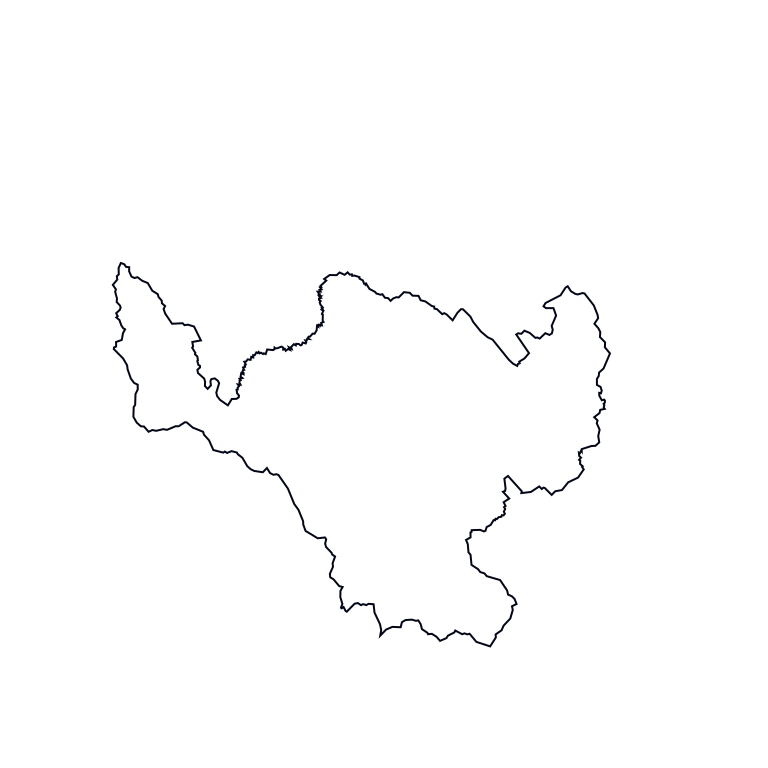 the district of Thung Song, Nakhon Si Thammarat, Thailand, rotated 138°
{"feature_id": "78962969B2531694567463", "entity_name": "Thung Song", "entity_type": "district", "adm_level": 2, "iso_a3": "THA", "parent_name": "Thailand", "parent_adm1": "Nakhon Si Thammarat", "projection": "natural_earth1", "projection_center": [99.635, 8.081], "detail": "fine", "context": "isolated", "style": "outline", "palette": "ink", "viewbox_px": 768, "rotation_deg": 138, "n_neighbors": 0, "source": "geoboundaries", "source_scale": "gbopen_adm2", "svg_char_len": 6166}
<svg xmlns="http://www.w3.org/2000/svg" viewBox="0 0 768 768"><g transform="rotate(138 384 384)"><path d="M358.2,502.1L357.7,499.5L365.6,499.4L365.8,498.0L366.9,498.6L367.1,496.1L369.0,497.0L369.3,495.1L371.5,497.0L371.7,495.1L373.0,494.0L371.9,493.4L372.9,492.8L372.0,491.5L373.5,491.8L373.3,490.1L375.2,490.9L376.0,490.0L375.6,488.0L377.1,487.8L378.1,485.7L378.3,481.9L379.4,482.2L379.5,480.7L380.6,480.9L380.0,479.0L383.3,477.6L383.1,476.4L387.2,472.1L387.4,470.6L389.9,471.4L390.9,469.2L391.7,470.4L392.6,470.0L392.7,471.8L393.9,472.1L394.5,470.9L394.8,472.1L398.1,469.0L402.0,467.8L403.4,469.2L407.3,468.7L408.3,469.6L410.0,469.1L409.7,467.8L410.8,469.0L412.7,468.0L413.3,468.9L413.8,467.1L415.0,466.5L416.7,469.2L419.1,468.1L420.2,468.6L420.6,470.8L422.4,472.6L423.7,471.7L424.3,473.9L428.4,473.6L429.1,472.0L430.1,474.9L431.0,472.2L431.9,474.2L434.8,474.4L433.9,477.4L434.7,476.3L435.9,477.0L434.6,478.5L435.2,480.4L439.0,481.8L440.8,483.0L441.0,484.3L442.4,483.1L443.8,483.5L447.7,487.8L451.9,485.4L452.8,487.2L453.8,487.2L454.5,489.6L455.9,490.0L455.7,491.7L457.2,491.5L457.7,492.9L460.8,491.9L462.0,493.0L463.4,491.2L464.5,493.0L467.0,491.2L468.8,493.5L471.5,493.0L472.9,494.0L473.7,490.9L474.9,491.2L475.8,489.7L477.7,490.6L478.5,488.1L479.4,488.7L481.2,487.8L480.9,486.3L481.8,485.2L482.8,487.6L485.7,485.4L485.3,483.2L487.8,484.6L488.0,482.8L488.9,483.3L490.5,481.7L491.1,479.5L492.9,481.5L493.1,479.4L495.2,479.2L496.3,477.8L497.4,478.4L499.4,475.3L499.5,472.5L500.8,471.3L503.6,471.7L507.1,474.7L514.3,472.6L516.5,482.0L516.1,486.7L514.4,489.8L506.0,494.9L505.3,497.6L506.0,501.4L509.1,503.2L511.1,502.2L513.6,498.8L518.3,498.4L518.4,502.4L515.4,505.4L514.0,508.4L514.9,516.6L513.2,519.4L509.6,519.4L508.6,520.7L509.2,522.3L507.4,526.0L506.4,526.1L504.3,529.4L504.6,532.6L503.4,533.3L502.3,539.3L500.8,539.6L498.3,543.5L490.9,538.9L486.7,553.8L490.1,559.4L492.9,561.2L493.0,563.9L501.2,570.6L499.5,582.7L497.6,587.2L494.5,588.4L495.0,592.6L493.4,594.7L493.3,599.6L492.0,602.1L493.8,608.4L492.0,617.1L494.6,622.5L495.7,628.3L498.5,629.7L499.8,632.8L498.0,638.3L495.2,641.3L497.3,643.6L496.9,646.8L498.6,650.0L503.6,647.8L507.8,642.9L510.4,642.9L512.3,640.1L519.2,639.1L519.9,633.7L522.0,632.5L525.3,626.1L527.8,623.8L527.7,618.9L528.6,617.0L530.7,615.9L535.7,615.8L536.5,612.6L538.4,612.6L537.8,608.6L540.0,603.3L540.5,599.8L539.8,597.9L544.0,596.4L549.4,592.2L555.0,594.5L558.0,591.1L560.2,591.8L561.4,590.8L560.8,577.5L562.4,569.8L564.8,566.3L568.5,557.4L569.0,552.0L567.5,548.3L570.7,544.7L575.4,542.8L582.9,535.0L585.5,534.3L592.2,527.3L593.6,520.8L593.0,515.3L590.8,513.0L590.9,506.0L586.9,504.8L584.7,501.7L578.2,498.1L575.9,495.1L567.2,492.1L564.9,490.0L557.5,488.8L556.3,487.4L555.3,479.6L550.4,469.5L551.7,466.8L551.7,459.2L555.0,449.1L549.4,440.6L547.5,440.3L546.8,437.8L542.2,436.1L539.2,431.5L539.6,429.4L538.6,423.9L540.6,414.4L540.1,409.9L538.6,406.2L533.1,399.5L527.2,399.9L528.3,394.1L526.9,390.5L524.4,389.0L523.3,387.1L525.4,370.5L531.0,354.9L531.7,347.9L535.9,336.2L538.1,333.5L540.6,327.3L536.5,313.7L530.6,309.5L530.9,307.3L534.6,304.7L536.1,301.7L535.9,293.7L536.6,292.0L535.8,288.5L542.1,285.2L544.2,282.3L551.3,279.1L553.3,276.3L552.2,272.6L552.5,263.8L550.6,260.8L554.8,259.4L559.1,254.8L562.1,248.4L565.7,246.5L565.5,245.6L563.3,245.3L564.4,241.0L564.0,239.7L552.9,240.4L550.0,238.7L549.1,235.1L546.9,234.4L545.0,231.5L542.6,231.0L539.1,227.3L544.0,220.5L547.7,208.2L550.8,202.9L555.2,199.5L546.7,200.1L540.3,197.9L534.4,192.1L530.0,195.0L526.0,194.2L520.9,190.2L518.7,186.6L516.7,185.4L517.4,181.1L519.8,176.4L518.2,170.1L518.7,168.6L515.6,166.3L514.1,161.0L514.2,155.6L507.7,153.4L504.9,154.2L498.0,152.3L496.0,153.1L493.3,145.7L491.1,144.9L489.7,142.3L487.5,141.1L487.9,130.5L480.7,118.0L470.5,120.8L468.6,123.2L461.4,122.3L456.8,124.4L447.1,125.2L439.5,129.9L437.6,133.2L432.7,131.8L430.8,136.9L431.0,140.6L432.7,144.5L430.7,148.1L428.9,160.6L436.2,172.4L436.1,176.1L438.3,179.8L438.0,183.4L440.0,191.0L433.9,199.3L433.9,202.3L428.9,208.9L427.4,213.2L422.3,212.1L419.1,215.8L417.9,215.5L416.6,216.7L410.1,211.2L408.4,207.6L406.9,207.0L403.4,209.0L399.1,207.9L393.6,209.5L392.6,208.4L391.3,209.2L390.5,208.1L387.9,208.3L385.7,206.8L384.3,207.7L383.1,206.4L381.0,206.7L380.4,208.9L377.5,210.1L377.2,212.2L375.3,212.0L374.2,216.1L367.6,215.1L367.7,224.3L365.5,223.5L363.5,225.1L357.9,233.1L353.4,232.7L353.4,212.1L354.9,211.0L347.1,205.5L337.2,204.0L337.0,200.4L334.9,200.3L334.1,199.2L333.6,189.4L328.5,189.7L322.7,186.1L312.9,187.7L302.4,184.6L292.7,186.9L292.3,189.8L291.4,189.9L291.8,193.4L289.6,195.5L289.8,197.1L286.9,197.4L287.1,199.9L285.1,202.6L284.7,201.5L281.8,202.7L282.0,201.8L280.6,203.3L271.3,199.1L268.3,196.6L263.1,196.6L259.6,202.0L254.3,205.8L252.2,212.4L249.7,214.0L250.0,218.7L243.3,218.2L240.6,220.1L236.6,217.8L236.3,219.7L234.4,220.8L234.1,222.3L232.4,222.4L230.9,223.9L230.9,225.1L233.0,226.2L231.9,231.1L230.0,233.4L229.0,231.9L226.6,233.4L225.0,237.0L226.4,240.8L222.4,245.3L219.2,246.2L216.4,248.6L210.5,248.6L195.6,255.5L195.3,263.5L191.8,267.0L192.1,274.4L188.5,277.9L187.4,281.9L187.3,288.0L180.9,289.6L179.1,292.3L175.5,302.0L174.4,317.1L175.7,318.8L180.1,320.9L181.6,323.1L183.0,327.8L182.1,333.7L184.5,334.2L193.4,331.8L209.8,336.1L213.5,335.0L212.8,331.9L207.3,327.0L210.3,319.7L220.5,315.0L222.3,311.4L225.3,309.3L228.2,309.7L230.1,313.8L237.9,313.6L239.0,316.0L240.6,316.9L241.5,324.4L244.0,329.7L248.3,329.4L250.4,331.9L252.6,332.3L255.6,309.9L262.6,309.0L268.6,310.1L269.3,308.6L271.0,309.3L272.9,308.3L274.5,312.8L275.0,318.5L273.6,344.3L275.7,349.4L276.9,358.2L276.2,370.5L274.7,376.3L275.3,386.6L276.7,388.1L281.7,387.8L290.4,385.4L290.9,393.7L291.9,396.4L294.0,396.9L294.6,404.3L296.1,406.2L294.9,408.0L296.3,410.0L298.0,417.7L300.7,421.7L299.4,426.4L303.7,430.6L303.8,434.5L307.7,438.9L315.2,438.5L316.5,440.1L319.7,441.4L323.5,441.4L323.5,445.1L325.6,447.5L325.1,451.8L326.7,452.5L329.1,456.3L329.0,458.4L331.2,464.4L330.1,470.5L331.2,470.3L330.8,471.2L331.7,471.9L330.4,475.0L331.7,478.8L330.7,479.8L333.5,484.5L335.3,485.6L334.5,487.0L336.3,488.2L336.3,491.3L340.2,491.5L342.4,496.6L346.4,496.6L351.4,501.3L358.2,502.1Z" fill="none" stroke="#020617" stroke-width="2"/></g></svg>